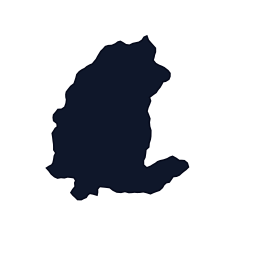 Serrania, Minas Gerais, Brazil (Albers equal-area conic projection), rotated 303°
{"feature_id": "56859067B74246895734471", "entity_name": "Serrania", "entity_type": "district", "adm_level": 2, "iso_a3": "BRA", "parent_name": "Brazil", "parent_adm1": "Minas Gerais", "projection": "albers", "projection_center": [-46.094, -21.571], "detail": "fine", "context": "isolated", "style": "filled", "palette": "ink", "viewbox_px": 256, "rotation_deg": 303, "n_neighbors": 0, "source": "geoboundaries", "source_scale": "gbopen_adm2", "svg_char_len": 2170}
<svg xmlns="http://www.w3.org/2000/svg" viewBox="0 0 256 256"><g transform="rotate(303 128 128)"><path d="M82.3,67.3L79.3,70.0L76.6,72.2L74.1,74.4L71.7,76.1L69.2,77.7L67.8,81.0L64.4,81.4L61.2,82.9L58.0,84.1L55.5,84.2L52.9,82.7L50.0,81.4L49.1,84.9L47.6,88.8L47.1,92.9L47.6,96.2L50.0,98.7L51.6,101.8L54.0,103.9L55.2,106.2L56.9,109.7L55.5,112.8L53.0,113.2L50.0,115.6L46.4,115.2L42.7,115.3L41.7,118.4L41.2,121.6L40.5,124.7L42.5,127.9L44.7,129.1L47.0,130.7L50.0,130.7L52.4,131.5L53.7,134.8L54.8,138.6L57.5,137.5L60.1,135.7L63.5,136.1L65.1,139.2L66.3,141.5L68.1,145.2L67.7,149.3L68.2,153.5L70.2,157.2L73.1,160.0L74.3,163.8L76.1,166.3L77.8,168.3L79.0,170.6L80.4,172.7L82.9,175.6L84.0,178.7L85.1,182.7L87.8,184.4L90.1,186.1L92.9,188.3L96.7,189.3L99.9,189.1L103.0,189.9L105.1,192.1L107.9,192.2L111.8,192.3L114.1,195.1L116.6,196.7L119.4,197.4L121.9,198.2L124.6,199.2L128.2,200.0L130.9,196.8L131.3,193.1L130.1,190.9L128.6,188.6L128.8,185.1L128.5,180.8L126.3,179.1L123.7,177.8L120.5,175.3L118.0,172.8L115.8,171.2L113.2,170.3L110.9,169.1L108.3,167.9L104.8,165.4L105.5,161.1L109.2,158.6L112.6,158.2L116.1,156.6L119.6,154.8L123.3,155.8L126.9,153.9L130.6,152.9L133.4,151.6L135.5,150.3L138.4,148.5L141.1,145.3L144.4,142.7L147.7,141.3L150.2,138.0L152.4,134.8L156.0,133.6L160.0,132.9L163.0,132.2L165.4,129.3L169.3,130.7L173.1,132.2L176.7,132.2L179.6,132.6L183.3,132.4L185.9,132.1L187.7,134.1L191.1,135.7L194.1,135.1L196.8,133.4L197.9,130.3L198.3,125.5L198.0,122.7L197.4,119.7L197.2,116.1L198.5,112.1L201.5,111.2L203.7,110.3L206.7,109.6L209.9,107.5L211.0,103.5L211.7,100.9L212.8,97.2L215.5,93.7L212.9,92.0L209.3,92.0L205.9,90.5L203.4,88.0L201.5,86.1L198.3,84.2L196.7,80.9L196.7,77.4L196.5,74.4L194.6,72.7L191.8,71.7L188.4,69.5L186.3,66.6L184.0,64.7L180.6,64.2L177.6,63.5L174.2,63.6L171.4,63.7L168.3,64.0L165.3,63.6L162.3,63.3L160.0,61.7L157.0,60.1L154.3,59.3L151.8,57.8L148.7,56.5L145.0,56.0L141.5,57.2L138.9,57.9L135.7,58.7L131.8,57.3L127.7,56.9L124.7,56.7L122.4,57.6L120.1,59.2L118.4,61.0L115.1,62.6L111.1,63.6L107.5,62.1L105.4,59.1L102.3,58.9L98.5,58.4L96.0,59.6L93.6,61.7L93.2,65.9L90.6,68.1L88.0,67.2L85.0,67.3L82.3,67.3Z" fill="#0f172a" stroke="#020617" stroke-width="1.5"/></g></svg>